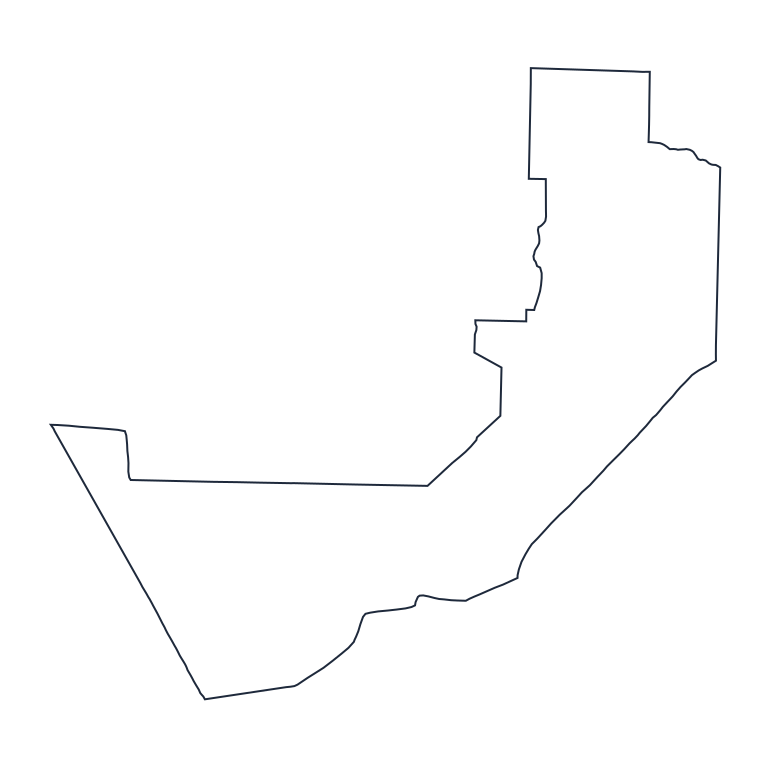 Borei Cholsar, Takêv, Cambodia, rotated 91°
{"feature_id": "14789045B63484458501082", "entity_name": "Borei Cholsar", "entity_type": "district", "adm_level": 2, "iso_a3": "KHM", "parent_name": "Cambodia", "parent_adm1": "Takêv", "projection": "albers", "projection_center": [104.993, 10.787], "detail": "fine", "context": "isolated", "style": "outline", "palette": "slate", "viewbox_px": 768, "rotation_deg": 91, "n_neighbors": 0, "source": "geoboundaries", "source_scale": "gbopen_adm2", "svg_char_len": 3111}
<svg xmlns="http://www.w3.org/2000/svg" viewBox="0 0 768 768"><g transform="rotate(91 384 384)"><path d="M354.9,52.5L348.3,52.7L339.3,52.8L161.7,51.6L160.4,53.7L159.2,56.1L159.1,58.9L158.8,60.5L157.7,62.9L154.9,66.2L154.2,69.3L154.5,71.4L153.8,73.5L152.6,74.6L150.3,76.0L148.3,77.5L146.7,78.6L145.5,80.2L144.5,82.3L143.8,85.8L144.1,87.6L144.4,92.0L144.7,94.2L144.2,95.9L144.0,98.4L144.2,102.4L142.0,105.1L140.1,108.0L139.1,110.2L138.4,112.2L138.2,114.3L137.9,117.6L137.6,120.7L137.5,123.7L130.2,123.6L120.4,123.5L111.2,123.5L102.8,123.6L67.2,123.7L67.4,131.3L67.1,140.3L65.6,242.7L81.6,242.5L176.3,242.8L176.3,225.8L208.4,225.1L210.5,225.0L213.8,224.9L218.0,225.5L219.9,226.7L222.0,228.6L223.5,230.3L224.4,232.2L227.3,232.8L230.7,232.2L233.4,231.5L237.8,231.1L240.7,231.4L243.4,232.7L247.1,234.9L249.0,235.7L251.4,236.1L253.6,236.8L257.0,236.2L259.2,234.5L263.4,233.0L264.9,229.9L270.4,228.3L275.4,228.2L282.3,228.7L288.4,229.6L295.0,231.4L300.5,233.0L304.7,234.5L307.4,235.1L307.3,243.0L318.9,242.9L318.7,293.8L322.4,293.6L325.1,292.4L328.5,292.6L330.3,293.2L332.9,294.0L351.0,294.2L365.5,266.8L413.8,267.1L435.7,290.1L438.5,290.7L445.0,296.1L450.4,301.3L455.7,307.2L461.7,314.3L485.1,338.7L485.0,410.4L484.7,472.4L484.8,475.3L484.8,505.7L484.7,529.2L484.8,552.8L484.4,635.6L481.9,637.1L476.1,638.1L467.6,638.1L461.5,638.6L455.5,639.4L448.9,639.8L444.1,640.3L439.8,640.8L437.3,641.7L435.7,642.2L434.5,649.3L433.7,660.1L432.8,674.5L432.1,687.4L431.2,698.3L430.7,709.6L430.6,716.4L434.3,713.7L437.0,712.4L587.3,624.1L591.2,622.0L594.2,620.1L597.7,617.9L601.5,615.7L602.8,614.8L607.7,612.0L609.4,611.1L612.4,609.4L617.5,606.5L623.0,603.6L627.2,601.4L629.6,600.0L631.2,599.1L633.7,597.9L637.4,595.9L641.3,593.5L645.0,591.3L649.2,588.9L651.8,587.3L655.1,585.5L659.0,583.5L661.9,581.7L665.1,579.6L667.7,578.0L669.0,577.3L670.9,576.4L673.5,575.4L676.6,573.5L678.9,572.1L681.9,570.4L684.2,569.2L688.0,566.9L689.9,565.7L692.7,563.9L696.2,562.3L697.7,561.0L699.6,559.2L702.4,557.6L688.8,476.5L688.6,474.7L688.3,472.2L687.6,468.3L686.1,465.2L683.5,461.5L679.1,455.2L674.0,447.4L668.8,439.5L661.8,430.7L654.3,421.7L648.4,414.9L642.3,409.6L640.4,409.0L637.1,407.5L631.7,405.4L624.5,403.4L617.2,400.9L614.1,398.5L612.9,393.9L611.5,386.0L610.4,376.0L609.3,367.5L608.0,358.6L606.5,352.6L604.8,349.1L601.5,348.6L596.3,346.4L595.0,344.7L594.7,341.1L595.6,335.9L597.1,329.7L598.0,325.1L598.3,320.3L599.0,313.1L599.2,306.4L599.3,298.4L597.2,294.7L595.0,290.0L592.7,284.7L589.8,278.4L585.8,269.7L582.5,261.5L577.7,251.5L575.6,247.1L572.9,247.1L567.0,245.9L559.4,243.4L551.8,239.6L546.2,236.4L541.5,233.4L536.0,228.1L527.2,220.3L520.4,214.4L511.6,206.0L502.6,196.5L494.6,189.3L488.8,184.2L481.6,176.4L473.1,168.9L466.9,163.2L462.5,159.6L455.8,153.1L450.0,147.4L444.9,142.6L439.1,137.5L437.5,135.9L436.0,134.4L434.2,132.5L430.8,129.4L428.3,127.5L425.0,124.5L421.4,121.2L417.0,117.7L413.1,114.7L410.3,111.4L405.6,107.5L402.0,104.8L397.0,100.3L391.4,95.2L386.3,91.3L381.6,87.3L377.4,83.2L373.7,79.8L369.8,76.3L367.5,73.2L364.9,69.5L362.9,66.0L360.2,60.6L357.3,56.2L354.9,52.5Z" fill="none" stroke="#1e293b" stroke-width="2"/></g></svg>